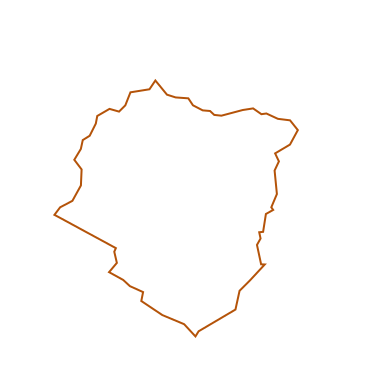 the district of Washington, Georgia, United States of America, rotated 51°
{"feature_id": "52423323B31075170067168", "entity_name": "Washington", "entity_type": "district", "adm_level": 2, "iso_a3": "USA", "parent_name": "United States of America", "parent_adm1": "Georgia", "projection": "mercator", "projection_center": [-82.811, 32.997], "detail": "fine", "context": "isolated", "style": "outline", "palette": "amber", "viewbox_px": 384, "rotation_deg": 51, "n_neighbors": 0, "source": "geoboundaries", "source_scale": "gbopen_adm2", "svg_char_len": 902}
<svg xmlns="http://www.w3.org/2000/svg" viewBox="0 0 384 384"><g transform="rotate(51 192 192)"><path d="M247.0,127.3L227.3,114.3L222.9,105.2L214.3,103.1L216.8,86.0L210.5,70.8L198.0,70.7L189.2,79.2L177.8,84.8L175.2,89.1L165.5,91.9L160.2,101.0L151.2,121.1L146.1,126.2L140.4,127.0L135.3,132.3L125.2,136.7L116.9,135.9L108.2,145.2L100.6,150.2L82.3,150.3L85.4,160.4L75.8,177.1L82.7,189.3L83.6,198.1L75.5,203.8L73.3,217.8L78.3,223.7L83.9,236.1L82.9,244.2L88.6,251.3L92.9,263.2L105.0,263.6L117.0,274.2L123.6,290.5L120.9,304.1L123.2,313.3L126.7,311.8L187.7,286.5L189.5,290.0L199.8,295.0L202.1,306.9L217.1,300.8L226.1,299.5L239.0,293.0L244.8,300.0L269.0,292.5L289.8,281.3L306.4,280.2L304.4,274.5L310.7,232.2L298.7,217.2L297.2,202.8L294.1,181.1L291.7,183.8L274.0,174.8L271.3,168.0L265.6,165.1L267.7,161.8L255.6,148.4L257.0,140.2L253.8,140.0L247.0,127.3Z" fill="none" stroke="#b45309" stroke-width="2"/></g></svg>